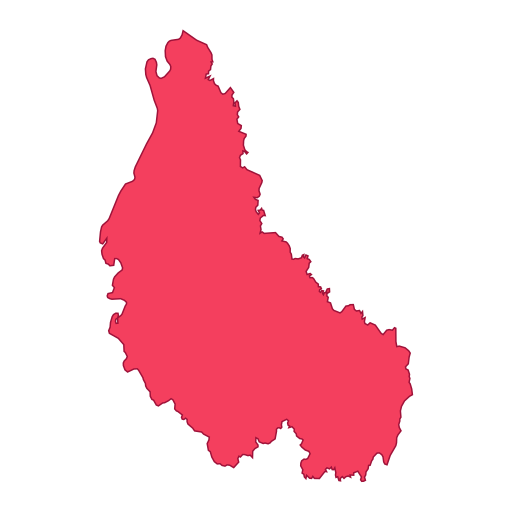 the district of Montes Claros de Goiás, Goiás, Brazil
{"feature_id": "56859067B96767902593649", "entity_name": "Montes Claros de Goiás", "entity_type": "district", "adm_level": 2, "iso_a3": "BRA", "parent_name": "Brazil", "parent_adm1": "Goiás", "projection": "equal_earth", "projection_center": [-51.564, -15.848], "detail": "fine", "context": "isolated", "style": "filled", "palette": "rose", "viewbox_px": 512, "rotation_deg": 0, "n_neighbors": 0, "source": "geoboundaries", "source_scale": "gbopen_adm2", "svg_char_len": 6070}
<svg xmlns="http://www.w3.org/2000/svg" viewBox="0 0 512 512"><path d="M99.6,241.4L100.3,242.9L102.7,243.9L106.8,238.2L106.7,242.4L102.5,248.2L101.6,250.7L102.0,254.2L103.5,258.6L105.1,260.1L105.9,263.3L108.4,264.2L109.9,265.8L113.7,265.3L114.7,258.6L116.7,258.6L118.5,259.5L120.8,262.8L122.6,267.9L122.1,270.0L118.2,272.9L114.6,276.9L113.5,279.2L112.4,285.3L114.4,287.6L112.5,292.6L108.0,293.6L107.2,295.9L107.7,297.5L109.9,298.7L111.9,299.2L120.7,298.7L124.4,300.3L126.5,302.3L126.5,304.0L125.2,306.1L122.0,314.2L120.8,315.6L117.6,318.0L118.4,315.7L118.0,313.3L115.8,313.2L113.5,314.6L112.2,316.7L110.5,322.5L110.1,327.2L108.7,330.7L109.4,333.3L118.3,338.3L123.8,344.6L124.1,351.4L125.3,352.5L127.3,356.5L126.4,358.7L124.2,361.0L123.3,363.0L123.4,365.6L125.0,369.9L127.6,372.0L133.9,369.0L137.3,368.8L138.6,370.2L142.9,377.6L143.4,379.6L145.4,383.4L145.7,386.0L146.9,388.4L150.1,391.8L150.3,396.3L151.9,399.4L153.6,400.2L156.3,405.0L158.4,405.9L162.6,403.0L164.7,402.7L168.5,400.7L171.1,398.7L172.9,399.8L175.1,404.1L174.7,408.9L176.4,410.9L177.9,411.5L182.4,415.0L181.5,417.3L182.2,419.1L183.8,419.5L185.6,418.2L187.1,419.4L187.1,421.7L187.9,424.0L192.7,428.1L194.6,430.9L201.6,432.0L203.6,434.1L209.3,437.1L208.9,440.0L207.2,443.6L208.4,450.3L210.3,451.7L211.8,457.0L214.3,461.6L217.2,463.9L220.1,463.7L222.0,465.4L225.0,466.1L227.1,464.9L229.7,465.2L233.7,467.6L238.7,462.1L237.8,458.6L238.9,456.2L240.4,457.0L242.7,454.5L244.9,454.6L247.9,455.6L250.2,455.2L252.5,457.6L252.7,451.2L254.9,448.6L258.0,446.8L258.0,445.0L255.7,441.9L255.9,437.7L258.0,438.8L259.2,441.8L263.2,443.5L265.0,443.0L268.1,443.8L270.2,442.8L271.3,441.4L275.1,438.9L276.5,431.2L276.4,429.3L277.7,427.9L279.2,427.7L280.7,428.5L281.8,427.2L281.4,424.8L282.0,421.6L286.7,419.3L288.5,420.8L287.6,423.0L288.1,425.2L289.6,426.0L288.9,427.6L292.0,426.7L294.3,429.1L294.1,431.4L296.2,433.7L296.6,436.0L299.8,438.6L301.8,438.9L303.1,440.0L301.5,443.8L300.2,445.0L301.8,447.1L305.2,450.0L308.9,451.4L310.1,453.7L307.7,458.5L305.9,459.4L304.0,459.1L301.7,460.8L300.9,463.0L300.7,465.8L302.8,469.7L302.1,473.1L303.8,474.2L304.4,477.0L305.9,478.6L306.6,475.3L309.6,478.2L311.6,478.4L312.8,476.4L314.4,478.4L319.4,478.5L324.9,471.5L326.6,471.7L325.4,469.4L327.0,467.8L329.5,468.9L331.3,467.1L332.2,469.6L333.7,469.7L334.8,467.8L335.8,472.6L335.5,475.0L336.0,477.4L337.7,476.7L338.9,480.5L340.5,480.8L340.2,478.5L342.3,476.6L344.0,478.4L345.8,476.7L348.2,476.0L350.6,477.2L350.1,475.0L353.7,475.2L353.7,472.8L357.8,471.2L361.4,476.9L360.6,479.8L361.7,481.3L363.6,481.2L365.4,480.3L364.5,477.1L365.7,475.0L366.0,471.9L368.1,468.8L368.6,465.4L370.1,465.3L371.7,460.7L372.8,459.3L373.3,457.0L377.0,453.1L379.4,452.9L381.8,454.7L383.0,456.8L383.7,461.9L384.8,464.0L387.0,464.8L390.2,455.4L395.8,445.7L396.5,442.8L396.7,437.7L398.0,434.8L401.0,430.8L399.3,427.6L398.7,424.6L399.8,421.1L399.8,419.0L400.9,417.2L400.4,410.9L401.5,406.3L404.5,400.9L409.5,396.3L412.4,394.7L411.7,389.0L410.2,383.9L409.1,382.3L409.9,378.4L409.2,376.6L409.5,374.3L408.1,370.0L405.9,368.9L405.5,366.8L408.3,363.8L409.1,357.2L410.2,353.1L408.7,350.8L405.1,347.8L399.3,346.1L396.8,346.6L395.9,341.6L395.8,328.3L394.5,327.7L392.4,330.2L389.1,329.6L386.7,330.2L383.1,334.6L381.0,333.2L375.3,325.1L370.1,322.8L367.7,325.0L364.9,323.5L364.4,321.5L365.1,317.6L362.2,319.1L361.9,317.0L362.9,315.6L362.5,311.5L361.0,313.4L359.5,310.5L356.4,311.0L354.4,309.4L353.3,304.6L350.1,304.7L348.6,305.7L345.9,306.1L341.8,311.7L340.0,312.9L333.8,310.4L332.4,308.8L330.5,302.9L327.4,301.7L328.2,297.3L326.9,296.0L326.9,293.6L325.5,292.2L324.2,293.0L323.4,294.7L322.6,293.3L323.4,290.9L321.7,290.6L320.7,292.4L319.4,291.5L319.6,289.8L321.4,288.7L320.6,286.9L318.4,286.7L318.3,284.1L315.8,282.2L313.6,278.6L312.4,277.6L310.0,277.7L309.4,275.9L311.4,274.6L310.2,273.5L307.1,274.5L306.1,271.4L308.7,267.4L309.2,263.2L310.8,261.7L309.3,259.5L307.2,258.6L308.0,255.9L305.9,255.0L304.6,257.9L303.4,256.8L303.8,254.6L302.4,255.2L301.4,257.8L298.1,258.9L295.1,258.5L293.6,259.3L292.0,259.1L291.3,254.1L290.2,252.2L290.2,248.5L289.2,245.8L287.5,243.2L286.1,241.9L281.9,240.9L283.2,238.9L282.0,237.2L278.9,236.4L275.5,232.6L264.2,233.4L262.1,231.9L260.1,233.2L261.0,229.5L260.4,225.9L261.8,223.6L259.8,220.5L260.4,217.9L263.5,215.4L265.2,215.6L263.6,210.4L262.2,210.2L261.6,208.4L260.2,210.1L258.2,210.4L259.5,212.9L258.3,214.4L256.2,211.8L255.5,209.9L255.7,207.4L257.8,205.2L258.1,200.4L255.4,199.4L253.9,197.3L257.2,197.7L259.3,196.2L260.1,194.2L259.0,190.8L259.1,188.4L261.8,182.6L262.2,180.6L259.7,175.4L247.0,169.7L244.6,166.8L242.7,167.9L240.4,166.5L240.5,159.8L239.5,157.7L240.4,155.3L243.0,153.6L242.9,150.9L244.6,151.5L246.6,153.9L247.9,152.4L246.6,151.7L244.8,149.7L243.4,145.2L243.6,140.7L244.2,138.5L246.0,136.1L246.1,134.3L238.8,131.3L241.0,128.4L241.3,125.6L237.7,123.5L236.9,119.2L238.7,116.9L237.3,114.7L237.6,111.9L239.9,109.4L238.7,106.3L238.3,102.5L237.0,100.8L235.0,102.9L235.4,106.2L233.3,105.7L233.8,101.9L233.4,98.7L231.9,97.2L232.0,94.9L233.8,92.4L230.4,87.6L225.2,93.5L222.8,94.2L220.9,92.7L218.1,86.1L216.2,85.3L214.5,83.7L213.4,80.6L213.5,78.6L209.9,80.5L208.2,79.6L210.0,76.1L205.4,78.2L206.2,74.1L208.5,73.7L208.6,71.1L210.5,69.6L210.9,66.0L212.2,64.0L211.1,62.0L212.8,61.8L212.0,59.5L211.9,54.9L211.0,52.7L207.7,47.4L206.6,44.7L196.6,40.2L183.1,30.7L182.1,34.8L180.3,38.1L178.6,39.3L171.1,40.4L169.4,41.1L167.9,42.6L166.0,46.2L165.2,50.7L165.5,56.7L167.2,61.2L170.0,64.6L170.8,66.7L170.6,69.3L169.8,70.9L164.5,76.8L161.1,78.4L159.3,77.9L157.0,75.7L155.9,71.5L156.8,64.9L156.4,62.3L155.0,59.3L153.0,58.3L151.1,58.6L148.5,59.8L147.0,61.8L145.4,68.9L145.8,74.5L146.6,77.5L150.1,85.5L154.2,100.2L157.3,108.3L157.7,110.6L156.3,122.9L152.6,132.9L146.6,143.8L135.3,166.9L134.1,170.7L133.9,173.1L135.0,177.3L134.5,179.5L132.5,181.3L125.5,184.0L120.8,191.1L118.5,195.5L109.2,218.5L107.7,220.8L102.7,225.1L101.6,226.9L100.5,231.9L99.6,241.4ZM117.6,318.0L117.9,323.2L116.1,323.4L115.5,321.5L115.8,319.3L117.6,318.0ZM326.9,293.6L329.6,291.9L329.4,288.6L327.3,289.0L326.4,290.8L326.9,293.6Z" fill="#f43f5e" stroke="#9f1239" stroke-width="1.5"/></svg>